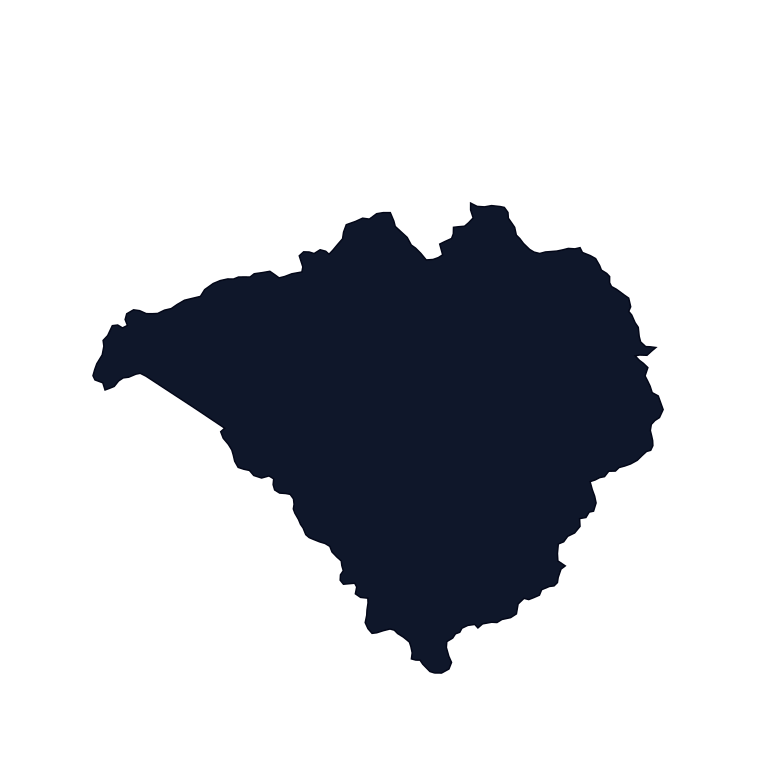 outline of Ribeirão Branco, São Paulo, Brazil, rotated 32°
{"feature_id": "56859067B550904293643", "entity_name": "Ribeirão Branco", "entity_type": "district", "adm_level": 2, "iso_a3": "BRA", "parent_name": "Brazil", "parent_adm1": "São Paulo", "projection": "albers", "projection_center": [-48.778, -24.254], "detail": "fine", "context": "isolated", "style": "filled", "palette": "ink", "viewbox_px": 768, "rotation_deg": 32, "n_neighbors": 0, "source": "geoboundaries", "source_scale": "gbopen_adm2", "svg_char_len": 3602}
<svg xmlns="http://www.w3.org/2000/svg" viewBox="0 0 768 768"><g transform="rotate(32 384 384)"><path d="M618.1,508.8L614.3,499.5L616.3,491.6L621.0,490.1L624.2,485.8L627.7,480.7L626.7,474.9L631.6,468.0L635.2,465.1L636.3,460.5L634.2,455.7L632.2,447.2L634.1,442.2L625.2,441.9L620.9,435.8L616.6,427.3L620.0,422.6L620.5,415.8L624.6,409.3L625.7,400.9L621.2,394.5L626.0,390.2L625.9,383.9L629.1,380.8L626.9,372.5L622.1,367.5L616.6,363.2L610.5,357.6L613.9,353.5L616.5,349.1L620.1,345.7L620.8,338.9L626.4,335.2L627.6,330.3L631.6,326.0L635.5,321.1L639.2,314.5L640.8,307.9L642.4,302.1L645.3,298.9L644.7,293.8L641.8,289.6L638.7,286.4L634.5,282.3L632.1,276.6L633.1,271.4L635.4,266.5L634.3,257.8L622.9,248.8L616.0,249.2L610.8,244.8L606.1,241.8L601.1,238.8L599.1,230.3L593.0,229.0L588.2,228.6L582.1,227.1L585.2,224.1L591.8,220.3L593.4,214.6L595.2,209.0L590.0,211.4L586.1,213.6L579.3,212.3L575.2,208.4L569.6,201.2L564.4,198.9L557.5,194.2L553.0,192.7L552.3,187.8L546.0,181.5L540.0,181.2L535.5,180.8L530.7,180.5L525.3,180.8L521.6,178.5L518.4,173.3L514.3,172.2L508.0,172.2L504.1,169.3L497.0,165.5L490.9,165.8L482.6,167.3L478.0,164.5L474.3,168.2L468.4,171.4L464.6,175.4L460.1,179.7L450.9,186.5L446.9,190.8L441.4,192.6L436.2,192.7L427.8,190.9L422.1,188.7L417.3,187.6L411.8,181.9L407.5,180.0L401.6,177.5L398.2,172.8L392.5,170.5L388.6,171.9L380.7,175.7L375.4,180.5L368.9,184.0L361.6,184.7L365.2,190.5L371.6,195.9L370.3,202.4L368.7,207.5L363.9,211.1L359.9,214.3L363.2,219.9L364.2,224.8L360.2,230.8L357.1,235.8L365.3,243.4L363.1,248.0L359.6,252.4L354.1,256.4L346.0,253.7L338.7,252.0L333.5,251.7L326.0,247.4L317.4,245.8L310.0,244.4L306.0,240.6L298.5,235.3L292.6,239.0L287.5,243.5L284.2,251.9L278.0,254.7L273.7,261.2L267.6,268.9L269.2,276.6L271.9,282.8L270.8,289.8L269.7,297.8L268.6,303.1L264.2,302.3L258.7,304.0L255.6,310.4L250.6,311.7L245.8,314.5L244.2,320.2L248.6,323.9L253.1,327.7L255.0,332.5L247.4,339.4L242.7,345.6L238.8,349.6L233.6,349.2L227.5,348.9L221.8,354.0L215.5,359.3L213.7,364.3L209.5,366.8L203.9,370.4L200.7,374.8L195.7,377.8L190.3,383.1L185.9,389.3L181.9,399.0L181.9,407.0L175.5,413.5L170.4,418.7L166.5,426.1L163.6,432.8L158.7,437.7L154.7,444.1L149.9,447.4L145.1,450.3L137.9,451.3L132.3,453.8L128.6,460.8L130.3,466.5L135.4,470.3L132.5,475.0L126.9,475.1L122.7,478.5L124.0,489.4L122.7,495.9L126.4,500.4L129.6,508.6L129.7,519.0L131.0,525.0L132.8,531.2L136.7,533.7L144.9,532.0L150.6,536.9L153.6,533.0L156.5,529.0L157.3,522.1L159.6,517.0L163.9,513.5L168.4,507.1L171.6,504.1L177.9,503.5L237.9,504.8L272.3,505.9L270.8,511.0L276.4,515.2L284.1,517.7L289.9,520.6L293.9,524.2L298.3,528.6L304.5,532.0L310.2,530.6L315.7,528.6L322.0,530.6L330.0,528.6L335.2,522.9L340.7,522.9L343.3,528.1L347.4,531.8L353.3,531.8L358.8,528.9L362.9,527.3L368.1,529.4L371.5,533.7L373.3,538.0L376.9,540.8L383.3,544.2L387.5,547.2L391.7,549.0L397.5,553.2L401.9,553.9L406.4,553.2L413.0,552.0L418.5,550.5L424.1,550.4L428.9,554.0L435.7,555.7L441.5,556.7L444.5,560.4L448.4,563.9L448.2,568.9L450.8,573.6L455.7,575.3L460.2,571.9L464.7,568.5L468.4,570.6L470.9,577.1L477.2,577.4L483.8,574.2L486.5,578.2L489.3,584.6L491.9,589.3L494.5,596.3L500.1,600.0L506.0,601.8L509.7,598.8L514.1,593.6L518.9,588.6L523.2,587.3L527.8,588.4L534.6,588.4L542.3,589.4L545.9,592.4L550.4,597.1L552.9,602.6L557.2,601.3L560.9,599.1L565.4,601.1L570.8,602.4L575.3,603.5L579.9,602.3L586.0,598.6L590.1,591.3L588.8,584.3L583.3,580.6L579.8,577.4L576.5,574.4L573.8,569.2L576.9,563.0L577.0,558.0L579.8,554.4L579.5,549.8L583.0,544.3L588.4,539.8L592.9,541.1L594.7,535.2L601.5,529.0L606.2,526.4L608.8,521.2L615.2,515.0L618.1,508.8Z" fill="#0f172a" stroke="#020617" stroke-width="1.5"/></g></svg>